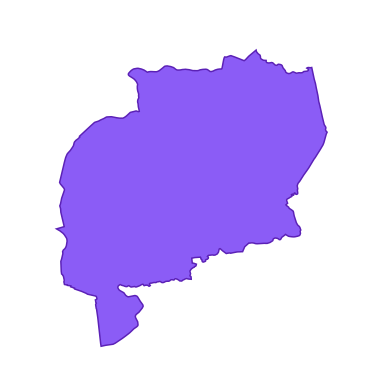 Chau Thanh, Tây Ninh, Vietnam (Robinson projection), rotated 78°
{"feature_id": "81297802B30323481145094", "entity_name": "Chau Thanh", "entity_type": "district", "adm_level": 2, "iso_a3": "VNM", "parent_name": "Vietnam", "parent_adm1": "Tây Ninh", "projection": "robinson", "projection_center": [106.01, 11.316], "detail": "fine", "context": "isolated", "style": "filled", "palette": "violet", "viewbox_px": 384, "rotation_deg": 78, "n_neighbors": 0, "source": "geoboundaries", "source_scale": "gbopen_adm2", "svg_char_len": 5896}
<svg xmlns="http://www.w3.org/2000/svg" viewBox="0 0 384 384"><g transform="rotate(78 192 192)"><path d="M324.0,313.0L324.0,308.2L324.5,300.9L323.9,298.5L320.5,290.1L318.8,286.4L316.7,282.1L313.7,277.3L312.4,274.2L311.5,272.8L310.6,272.4L307.7,272.1L303.3,273.3L301.8,273.3L300.9,272.8L300.1,271.9L298.5,268.8L295.2,264.8L293.7,263.6L292.9,263.5L292.0,263.6L288.2,265.3L283.6,266.9L282.8,267.3L282.3,267.7L281.4,269.3L281.3,275.5L281.3,276.1L281.0,276.7L280.2,277.6L279.2,278.4L276.4,279.6L273.3,283.1L272.5,283.7L271.3,284.2L270.0,284.4L269.3,284.2L268.6,283.7L267.7,282.0L267.6,281.5L268.7,280.1L269.5,278.4L270.1,277.6L270.9,276.1L271.0,275.1L270.5,273.8L270.5,273.2L271.8,272.0L272.3,271.3L272.5,267.9L273.2,266.8L273.3,266.0L272.8,262.7L272.1,260.6L272.0,259.4L272.1,259.1L272.3,258.9L273.6,258.4L273.7,258.1L273.5,256.7L273.8,255.4L274.2,254.6L275.3,253.6L275.1,252.7L274.7,252.2L273.8,252.7L273.2,252.8L272.8,252.6L272.5,251.7L272.7,250.5L272.6,248.1L273.1,246.1L272.7,244.9L272.8,243.3L272.8,242.0L273.1,241.5L274.3,240.3L274.5,239.7L274.6,239.1L274.5,238.1L274.0,236.3L274.1,234.9L274.4,233.6L274.4,233.0L274.3,232.4L273.6,231.1L273.5,230.5L273.7,229.5L274.2,228.5L274.3,227.9L273.6,227.0L273.4,226.4L273.5,225.8L274.3,224.5L275.4,223.3L276.4,222.5L276.9,220.9L276.9,220.4L276.2,219.0L275.9,217.4L275.6,216.6L275.5,215.5L276.5,213.3L277.2,210.9L276.1,210.7L274.4,210.6L273.9,211.3L273.4,211.4L271.7,210.4L269.1,210.5L268.7,210.3L267.2,208.7L266.3,206.8L266.0,205.4L265.5,205.0L265.3,203.8L264.6,203.2L263.5,202.7L262.0,205.2L261.6,206.5L256.7,206.0L256.7,203.0L257.5,197.3L257.9,197.2L259.5,197.1L260.2,196.5L262.2,196.4L262.8,195.8L262.9,195.2L262.6,193.4L262.4,193.1L261.3,192.8L261.0,192.3L260.9,190.8L260.2,189.8L259.6,189.6L258.9,189.7L258.2,190.3L257.5,189.4L257.4,188.9L257.8,185.1L258.3,183.9L258.5,182.5L257.8,180.1L256.3,178.6L253.5,177.3L253.2,176.6L253.3,176.2L255.9,174.3L259.3,171.3L259.3,169.3L259.5,167.5L259.8,167.2L259.9,166.7L260.0,160.3L260.9,154.9L256.5,151.8L253.7,146.9L254.0,146.4L254.1,144.5L254.4,143.2L255.0,141.8L255.4,141.2L255.9,140.1L256.2,138.9L257.2,132.1L257.9,129.2L257.6,126.2L256.5,123.3L256.3,123.0L255.5,122.7L254.7,122.1L254.3,120.6L254.4,119.8L255.0,118.3L255.9,117.1L256.7,116.6L256.9,115.9L256.9,115.5L256.7,115.1L255.0,113.6L253.4,110.1L252.9,109.4L255.2,107.0L255.6,106.3L256.4,104.1L257.0,102.1L257.2,100.6L257.2,97.8L256.9,95.8L256.1,95.1L255.0,94.5L252.8,94.4L252.2,93.8L251.8,93.5L249.2,93.8L248.0,94.2L246.9,95.1L246.0,95.6L243.7,96.3L236.7,97.0L234.6,97.0L232.8,96.9L231.8,97.0L230.2,98.3L228.2,100.3L227.0,100.6L224.6,102.6L224.0,102.7L222.9,100.8L220.3,101.2L219.2,101.0L218.6,100.2L218.2,98.6L217.6,97.2L217.1,95.3L216.8,95.2L215.2,95.3L215.1,95.1L215.3,94.4L215.0,94.0L215.1,93.8L216.2,93.7L216.2,93.4L215.9,93.0L214.5,92.3L214.3,91.7L214.7,91.3L215.5,91.1L216.0,90.5L216.0,89.7L215.7,89.1L215.1,88.8L211.8,88.5L211.0,87.9L207.8,87.8L205.7,86.6L203.8,84.3L198.7,79.3L193.0,73.1L185.3,65.9L184.0,64.4L177.0,57.6L173.2,54.1L171.1,52.7L163.2,48.6L161.6,47.4L161.3,47.5L160.3,48.2L159.1,48.4L158.4,48.4L157.2,47.7L156.8,47.7L155.9,47.8L153.9,48.6L152.9,48.7L146.5,48.9L134.3,49.0L129.9,49.2L123.9,48.8L115.3,48.8L111.7,48.7L107.0,49.0L95.1,49.0L95.1,50.2L94.4,52.3L94.4,53.3L94.7,54.0L96.1,52.7L96.8,52.7L97.1,52.9L97.4,53.3L97.6,53.6L97.7,54.4L97.4,57.1L97.4,57.6L98.0,58.9L98.2,59.5L98.0,61.1L97.6,62.5L97.5,65.2L96.1,67.1L95.5,68.1L95.5,68.8L96.4,71.4L96.2,73.0L95.8,73.7L95.4,74.4L94.4,75.3L92.5,75.6L90.2,76.8L89.3,77.2L87.0,77.6L86.3,78.1L85.6,79.2L85.0,80.8L85.0,81.2L85.6,82.4L85.6,83.4L85.3,83.9L84.8,84.5L83.0,85.7L82.3,86.3L82.1,86.8L81.9,87.2L81.8,90.0L81.3,91.3L81.0,91.9L80.2,92.3L79.6,92.3L78.7,92.1L78.0,94.7L76.4,96.6L75.6,97.0L75.0,97.1L73.6,96.9L72.3,97.0L70.6,98.5L68.8,99.5L67.7,99.8L66.5,99.8L71.0,108.3L73.6,112.0L74.3,113.4L74.4,113.7L68.9,122.0L66.7,125.6L66.7,126.7L67.2,130.2L67.1,130.9L66.8,131.5L66.7,132.0L67.4,132.6L69.1,133.5L76.5,136.6L77.6,137.2L77.8,137.4L77.7,137.9L77.4,139.9L77.3,141.6L77.5,144.0L78.1,146.1L78.2,148.1L77.9,149.2L75.5,151.4L74.8,152.8L74.3,156.1L74.2,158.8L74.5,160.5L74.4,161.8L73.4,166.0L71.8,169.3L70.6,172.9L70.2,176.1L70.2,178.0L69.8,180.5L69.4,181.4L68.7,182.3L66.5,184.1L64.9,186.7L63.5,190.1L63.3,192.3L63.7,193.3L64.7,195.1L66.4,198.6L66.8,199.9L67.0,201.6L66.7,203.1L65.6,207.3L65.4,209.2L65.6,210.7L62.8,213.5L61.2,215.9L59.8,219.0L59.6,220.1L59.5,223.1L59.6,223.9L60.4,226.0L61.5,227.7L62.8,229.4L63.5,229.8L64.4,229.8L65.6,229.0L68.1,226.4L69.8,224.9L72.4,223.5L75.0,222.8L75.3,222.8L77.5,223.6L79.7,224.0L81.9,224.1L85.1,223.8L86.8,224.3L88.4,224.4L89.1,224.7L90.4,225.7L91.2,226.1L92.7,226.5L94.4,226.4L97.6,226.8L100.9,226.7L102.2,226.8L102.2,227.9L101.1,229.8L101.3,235.8L104.1,240.5L105.0,242.6L105.3,243.7L105.4,244.4L104.7,247.5L103.8,250.0L101.6,255.2L100.9,259.6L100.9,260.2L101.8,263.0L102.5,266.3L103.2,268.6L103.6,272.5L103.8,273.1L106.3,277.4L114.1,290.5L114.9,290.3L116.4,292.7L117.2,294.6L118.6,296.5L119.3,297.0L122.0,298.3L123.2,299.4L126.0,302.3L127.9,305.0L129.0,306.3L132.0,308.4L136.1,310.5L155.1,319.5L156.7,319.1L161.7,316.5L162.6,316.3L163.5,316.3L171.0,320.8L176.3,323.1L178.1,324.2L181.0,324.0L184.6,324.5L199.3,324.2L199.9,332.2L202.5,329.3L205.6,326.7L207.4,325.7L210.8,324.4L211.9,324.2L214.1,324.4L218.3,326.0L219.7,326.9L220.9,328.0L222.1,330.0L223.5,331.0L224.8,331.0L225.8,331.3L230.7,333.6L232.5,334.7L242.4,336.4L245.1,336.6L246.1,335.8L246.9,335.7L247.5,335.3L248.2,335.3L251.5,335.3L252.6,335.6L253.2,336.0L253.6,336.0L255.9,336.0L256.2,335.5L256.9,333.3L257.4,333.4L258.6,330.0L259.5,330.4L261.6,326.9L262.1,327.2L262.5,326.9L266.2,320.7L269.1,316.6L270.2,315.5L273.6,308.2L274.2,307.4L274.7,307.2L276.7,307.2L277.0,307.4L277.5,309.0L278.3,308.9L279.8,309.1L280.3,308.8L280.9,308.7L281.5,309.4L282.2,309.7L286.1,309.9L286.5,309.7L295.5,310.3L321.8,312.9L324.0,313.0Z" fill="#8b5cf6" stroke="#5b21b6" stroke-width="1.5"/></g></svg>